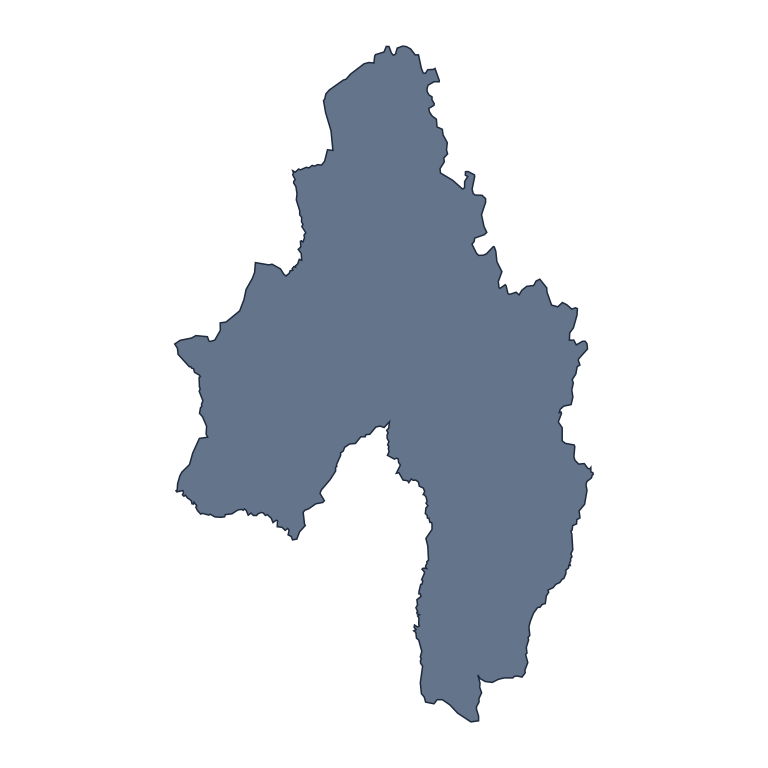 Mamants'o, Mafeteng, Lesotho
{"feature_id": "5366337B49454872209470", "entity_name": "Mamants'o", "entity_type": "district", "adm_level": 2, "iso_a3": "LSO", "parent_name": "Lesotho", "parent_adm1": "Mafeteng", "projection": "equal_earth", "projection_center": [27.358, -29.661], "detail": "fine", "context": "isolated", "style": "filled", "palette": "slate", "viewbox_px": 768, "rotation_deg": 0, "n_neighbors": 0, "source": "geoboundaries", "source_scale": "gbopen_adm2", "svg_char_len": 6082}
<svg xmlns="http://www.w3.org/2000/svg" viewBox="0 0 768 768"><path d="M590.8,467.5L589.8,468.9L587.8,468.4L584.3,463.6L578.7,464.1L574.9,460.2L573.9,456.6L574.8,446.7L574.2,445.0L565.2,443.3L562.2,440.8L562.2,427.7L558.3,422.0L561.5,413.3L561.0,412.0L559.2,412.6L560.3,409.2L563.8,406.1L571.1,404.6L572.9,397.0L571.8,390.0L573.3,383.1L572.2,379.6L575.8,374.1L577.2,366.7L579.9,365.0L578.3,360.2L578.6,358.9L587.5,349.0L587.0,343.7L585.1,341.2L582.5,341.3L576.3,344.9L573.8,340.1L569.4,340.2L569.7,332.9L573.4,327.9L577.0,315.1L577.4,308.7L575.6,307.8L571.7,309.1L566.9,304.8L562.4,302.5L557.8,306.8L551.6,305.1L547.0,292.2L546.7,287.8L539.8,279.2L536.1,281.0L533.7,285.5L526.8,286.3L521.8,290.3L519.1,294.9L516.1,292.2L510.0,294.3L508.0,293.7L506.1,285.8L505.2,284.7L500.0,288.4L499.0,287.6L498.3,281.6L501.9,271.7L496.9,261.7L495.8,251.3L494.3,246.9L493.3,246.6L486.6,253.7L483.4,255.2L478.7,255.4L476.5,253.3L472.0,244.2L474.1,241.6L474.7,238.1L484.3,234.7L486.8,232.4L484.0,226.5L481.5,214.7L485.6,202.3L485.6,198.6L482.0,195.3L475.0,195.0L473.2,193.4L472.1,189.2L474.7,176.5L474.4,174.8L468.0,171.5L465.5,171.7L465.3,175.1L467.7,176.5L464.6,181.6L464.6,187.8L462.5,189.0L452.7,180.3L440.5,173.0L440.0,168.7L444.3,161.9L443.8,158.0L447.6,153.9L446.5,149.9L447.3,142.6L443.1,135.0L442.3,129.3L437.0,126.9L436.4,119.2L432.2,116.1L429.5,112.1L428.8,108.4L433.9,105.4L434.3,103.8L431.9,99.6L432.1,97.0L428.9,94.8L427.2,91.7L427.0,88.7L428.1,85.2L434.1,81.7L439.2,81.8L439.3,80.5L435.0,68.4L433.5,69.4L427.8,69.7L425.4,73.3L423.2,73.0L421.3,68.1L418.5,54.8L415.2,54.9L410.7,49.0L406.4,46.6L402.8,46.1L397.2,48.1L395.5,54.1L393.4,55.3L391.4,53.0L389.0,46.5L386.3,46.4L384.0,52.0L375.6,54.6L374.7,56.0L373.9,63.0L368.8,62.5L364.0,63.8L350.4,74.2L346.0,79.3L343.4,80.0L329.4,89.9L325.9,93.8L324.8,98.9L323.5,100.7L325.6,112.6L331.0,130.8L332.9,150.4L327.5,149.8L324.6,161.2L321.5,165.1L317.6,164.6L314.6,166.2L312.2,165.4L309.0,167.9L306.3,167.3L300.4,169.9L298.7,169.0L295.3,172.1L292.7,170.7L293.5,173.0L292.7,174.7L295.2,179.7L293.7,181.4L293.7,183.1L295.9,186.6L297.0,193.8L296.3,199.9L299.7,210.7L299.7,214.8L301.7,217.4L301.5,221.7L303.0,224.4L301.8,226.5L305.8,232.7L304.0,235.1L304.5,237.9L302.9,242.0L301.4,240.8L300.4,241.3L300.8,246.9L298.2,249.4L301.2,253.4L301.7,260.3L299.3,259.3L297.6,264.0L295.4,265.9L295.6,267.2L293.9,266.6L292.1,268.8L292.8,270.3L290.1,270.8L289.3,273.2L286.1,275.9L284.1,274.6L280.4,268.8L272.0,264.2L269.0,264.9L255.4,262.6L254.6,272.4L252.4,278.3L246.1,289.4L244.0,299.5L239.7,310.8L226.1,322.0L220.2,322.9L220.3,330.4L214.8,340.1L210.2,341.5L208.9,340.9L207.4,336.7L195.9,335.6L191.6,338.0L180.2,340.3L174.7,344.0L177.4,348.2L178.1,354.4L189.4,366.8L190.8,366.6L191.7,368.2L193.5,368.6L194.5,372.3L199.5,375.2L200.3,376.7L199.1,377.3L199.4,386.9L200.2,388.7L199.2,391.3L202.9,400.8L201.5,404.3L201.8,406.3L200.5,407.7L199.5,413.4L202.5,416.7L206.6,426.3L206.1,434.0L207.7,437.2L199.4,438.4L192.7,453.1L189.5,464.6L181.8,472.2L179.8,476.0L177.6,483.8L177.2,490.0L176.0,490.7L176.8,491.9L182.9,490.6L183.5,492.8L182.4,494.8L183.9,496.2L185.5,495.2L187.5,498.0L191.2,500.6L192.0,503.8L193.5,504.1L193.9,502.2L196.7,505.6L195.8,507.2L197.5,510.6L200.7,514.1L202.6,513.4L208.8,515.1L210.1,514.2L214.9,516.9L221.1,517.3L224.6,516.8L225.3,514.6L232.0,513.8L237.8,510.0L241.6,509.4L243.2,510.3L244.5,509.0L246.2,510.4L248.2,515.2L251.0,513.1L253.4,515.5L256.7,515.5L257.7,514.0L261.0,512.5L263.2,512.9L265.4,515.5L267.2,514.6L271.2,518.2L273.0,522.6L276.1,520.2L277.5,520.8L277.2,526.7L282.0,527.3L285.2,530.4L287.7,528.4L289.1,530.2L288.1,534.9L291.2,536.4L292.5,539.9L296.8,539.1L299.6,531.8L305.3,525.5L304.5,524.1L303.2,512.3L304.8,510.3L308.9,508.7L315.8,503.8L322.7,502.5L324.4,500.7L320.0,493.4L321.3,490.0L330.0,479.8L335.6,471.1L335.6,467.4L336.8,466.4L336.5,464.6L340.7,455.3L340.5,453.1L343.3,450.9L344.6,447.4L349.5,444.0L355.4,443.5L360.8,436.8L365.2,436.8L365.8,434.7L369.8,434.3L375.8,427.1L380.0,426.1L384.1,427.5L389.5,421.7L388.7,428.2L386.7,430.3L388.1,433.1L387.1,434.8L387.1,438.3L388.9,441.6L387.6,444.9L388.9,446.4L388.3,448.6L389.1,451.7L387.4,455.3L394.4,459.1L396.6,458.2L398.2,458.9L398.6,462.5L400.4,465.0L396.3,473.3L398.9,472.7L403.1,480.1L407.6,480.7L408.8,482.6L411.3,478.9L413.0,480.3L415.8,480.1L418.4,482.0L419.3,486.2L423.3,488.1L424.7,491.5L423.2,494.6L424.5,494.9L426.1,497.1L427.1,501.4L426.0,503.1L427.9,505.7L425.9,508.0L425.3,513.6L427.0,515.1L427.5,518.1L428.9,518.2L429.9,522.4L431.5,522.5L432.0,523.9L432.0,529.5L425.9,538.4L427.8,546.1L428.5,560.3L426.8,561.6L427.0,563.5L425.8,565.4L425.5,567.3L426.7,568.5L423.1,568.2L422.0,569.2L424.3,571.8L424.4,573.3L421.6,579.7L422.7,580.6L422.4,582.6L421.9,584.3L420.7,584.4L419.0,591.5L418.9,593.9L420.3,594.0L421.0,596.4L416.9,599.7L417.5,604.9L415.9,607.7L417.8,611.9L416.8,612.4L417.3,614.1L419.5,614.8L417.6,616.0L418.9,617.8L418.7,624.3L419.4,625.9L417.6,627.0L414.5,625.0L414.1,627.4L416.1,629.6L413.7,630.8L415.8,632.4L416.5,638.2L418.7,640.0L421.8,651.5L420.3,656.9L421.3,658.9L420.4,660.8L420.6,663.2L422.6,666.2L420.3,682.8L421.4,693.7L424.2,697.0L425.6,702.1L434.0,703.8L437.1,699.7L442.4,699.7L449.9,704.9L457.8,713.3L470.9,721.9L478.6,720.8L478.6,716.2L476.5,709.3L476.5,706.6L479.0,702.2L479.0,698.5L481.6,692.7L479.7,687.3L480.0,683.0L477.8,675.0L480.4,678.8L485.2,681.5L492.3,682.4L498.4,679.3L504.3,677.9L512.9,677.9L514.1,676.5L517.1,676.0L522.0,677.1L525.2,672.8L524.9,670.2L527.8,662.6L525.6,654.4L527.0,653.1L526.3,647.5L528.6,640.0L528.0,637.7L529.8,635.3L528.9,626.9L530.4,621.1L533.5,613.2L537.7,607.4L540.0,607.3L542.3,604.4L545.3,603.5L546.3,596.0L548.7,592.2L548.0,590.1L553.1,587.7L555.9,584.3L559.8,582.5L562.3,579.1L563.8,578.6L565.9,573.6L565.9,570.2L568.6,567.9L568.8,565.2L570.3,565.5L569.6,563.0L570.7,561.1L570.6,558.5L572.0,556.8L570.9,553.7L572.8,549.8L571.8,533.8L570.9,531.2L572.1,530.1L572.7,525.6L576.6,523.9L576.8,519.7L580.0,517.9L579.1,510.9L584.6,504.3L587.0,490.3L586.0,484.9L586.8,481.6L591.5,477.9L592.1,475.4L593.3,474.2L592.8,472.6L590.9,471.9L590.8,467.5Z" fill="#64748b" stroke="#1e293b" stroke-width="1.5"/></svg>